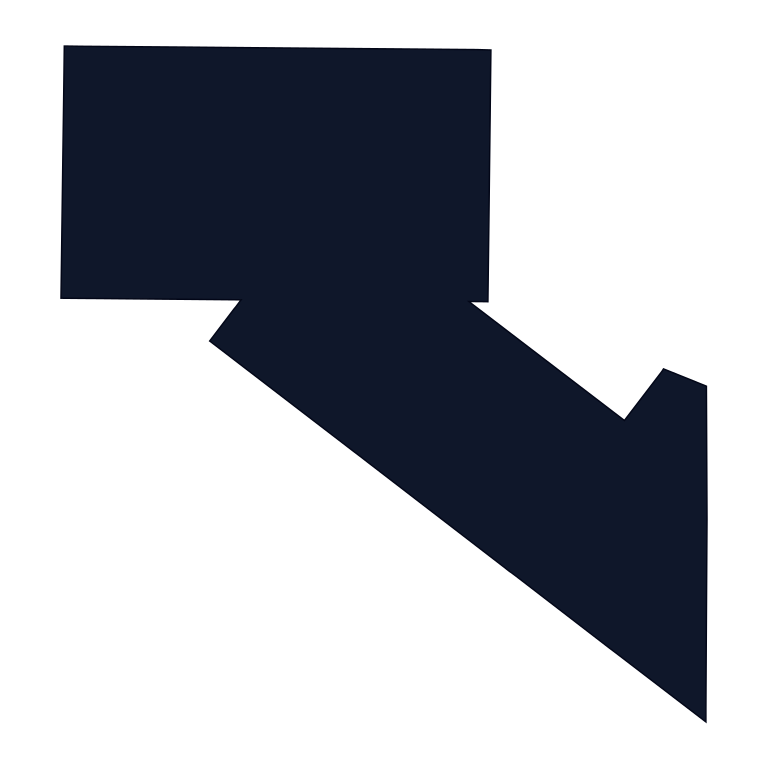 outline of General Belgrano, Chaco, Argentina
{"feature_id": "61730980B57634400026456", "entity_name": "General Belgrano", "entity_type": "district", "adm_level": 2, "iso_a3": "ARG", "parent_name": "Argentina", "parent_adm1": "Chaco", "projection": "mercator", "projection_center": [-61.053, -26.902], "detail": "fine", "context": "isolated", "style": "filled", "palette": "ink", "viewbox_px": 768, "rotation_deg": 0, "n_neighbors": 0, "source": "geoboundaries", "source_scale": "gbopen_adm2", "svg_char_len": 654}
<svg xmlns="http://www.w3.org/2000/svg" viewBox="0 0 768 768"><path d="M706.5,600.0L706.8,551.5L707.0,519.4L706.4,386.2L663.5,368.9L662.0,371.3L624.4,420.5L471.4,303.5L468.9,301.5L481.8,301.6L487.9,301.7L488.9,221.1L490.9,50.0L487.1,49.9L476.9,49.6L451.6,49.4L249.1,47.7L183.9,47.1L81.4,46.3L67.4,46.1L64.3,46.1L63.9,80.6L62.7,169.3L61.0,298.2L82.7,298.4L98.5,298.5L152.6,299.0L241.1,299.8L235.8,306.9L234.1,308.9L209.7,341.0L219.9,348.8L354.4,452.0L359.3,455.7L369.4,463.5L501.7,565.3L509.5,571.4L511.0,572.4L515.2,575.5L609.6,648.2L619.4,655.6L705.9,721.9L705.9,708.4L706.1,669.1L706.5,600.0Z" fill="#0f172a" stroke="#020617" stroke-width="1.5"/></svg>